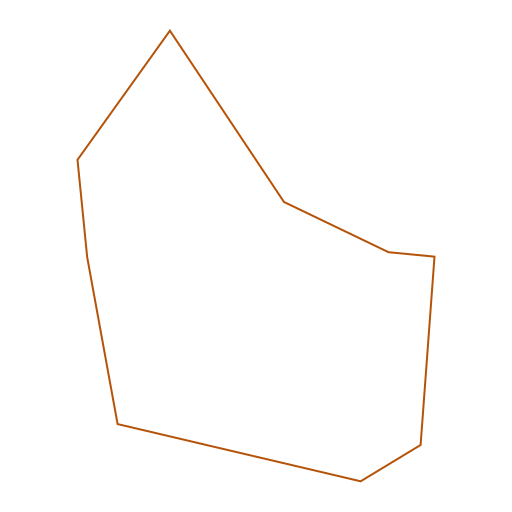 Neutral Zone, Equal Earth projection
{"feature_id": "ARE-344", "entity_name": "Neutral Zone", "entity_type": "Emirate", "adm_level": 1, "iso_a3": "ARE", "parent_name": "United Arab Emirates", "parent_adm1": "", "projection": "equal_earth", "projection_center": [56.299, 24.93], "detail": "fine", "context": "isolated", "style": "outline", "palette": "amber", "viewbox_px": 512, "rotation_deg": 0, "n_neighbors": 0, "source": "natural_earth", "source_scale": "10m", "svg_char_len": 268}
<svg xmlns="http://www.w3.org/2000/svg" viewBox="0 0 512 512"><path d="M434.5,256.7L420.6,445.0L418.9,446.0L360.6,481.3L117.6,424.1L87.2,257.3L77.5,159.8L169.9,30.7L284.0,202.0L388.5,252.2L433.0,256.5L434.5,256.7Z" fill="none" stroke="#b45309" stroke-width="2"/></svg>